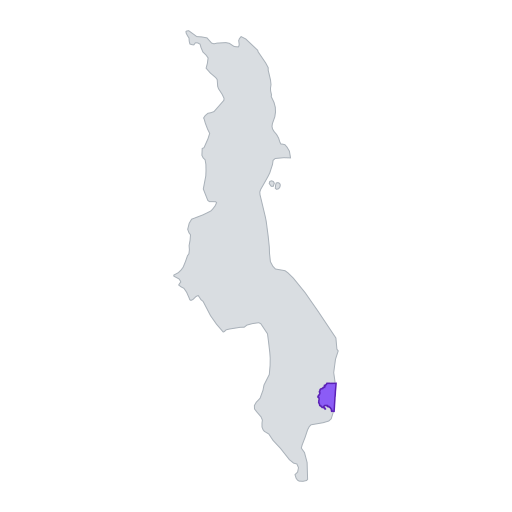 Phalombe, Phalombe, Malawi (highlighted)
{"feature_id": "42251766B10434937590290", "entity_name": "Phalombe", "entity_type": "district", "adm_level": 2, "iso_a3": "MWI", "parent_name": "Malawi", "parent_adm1": "Phalombe", "projection": "robinson", "projection_center": [35.613, -15.69], "detail": "fine", "context": "in_parent", "style": "filled", "palette": "violet", "viewbox_px": 512, "rotation_deg": 0, "n_neighbors": 0, "source": "geoboundaries", "source_scale": "gbopen_adm2", "svg_char_len": 6166}
<svg xmlns="http://www.w3.org/2000/svg" viewBox="0 0 512 512"><path d="M201.0,299.7L198.2,295.5L196.0,296.5L192.9,299.5L191.2,300.3L190.3,300.2L189.7,299.5L189.0,297.6L186.6,292.2L183.9,288.3L181.0,286.8L178.7,285.0L179.7,283.3L180.8,282.0L180.3,280.8L179.0,278.9L173.9,276.2L173.8,275.1L178.3,272.7L181.1,270.0L183.1,267.3L185.5,261.5L187.5,255.7L188.9,253.8L189.4,249.9L189.1,245.6L190.1,240.1L190.5,234.8L189.0,232.8L187.7,229.3L189.2,223.3L191.6,219.2L202.9,214.9L210.8,211.0L212.5,209.3L215.1,205.9L216.6,202.7L215.6,201.7L209.4,201.6L207.8,200.4L203.3,189.0L205.8,175.9L206.0,170.8L205.9,164.4L205.1,159.8L203.1,157.8L201.9,155.3L202.2,148.5L204.0,147.7L208.0,138.7L209.7,133.4L207.6,129.2L205.3,123.1L204.2,119.2L203.6,118.0L205.2,115.6L207.9,113.3L210.9,112.7L214.0,111.6L223.9,100.3L224.0,98.2L222.2,94.4L218.5,88.7L217.7,86.4L217.2,79.6L215.7,77.6L210.3,73.0L206.1,68.2L207.4,63.3L208.1,57.9L206.0,55.0L202.9,52.0L201.0,47.5L200.1,44.2L197.7,42.9L195.4,42.8L193.8,44.9L192.0,44.7L189.9,44.0L189.2,41.1L189.0,38.0L187.6,35.9L186.1,33.0L186.0,31.4L186.8,31.0L188.7,30.7L196.8,36.6L201.6,36.9L207.0,37.9L211.6,43.1L214.0,43.8L217.1,43.1L225.8,42.6L229.3,43.3L233.8,46.3L235.6,46.7L238.4,46.9L238.9,46.0L239.2,44.3L238.7,40.6L239.4,38.7L241.1,36.6L245.8,39.0L257.7,50.3L258.1,51.8L265.7,63.0L268.2,67.7L268.2,70.2L270.5,80.0L271.0,84.6L270.5,88.1L270.6,90.9L271.5,94.9L271.2,96.5L274.0,102.4L275.3,107.3L275.5,112.1L274.8,116.8L272.4,123.6L272.0,126.4L272.5,128.9L274.1,131.6L276.6,134.5L278.6,138.1L279.9,142.2L281.0,144.1L282.4,144.1L284.9,144.7L287.0,147.1L289.4,151.2L290.2,155.9L290.5,157.9L283.7,157.7L275.2,158.5L273.1,160.3L272.5,164.4L269.8,172.8L268.3,175.9L265.2,181.5L260.7,189.4L259.8,192.0L260.0,194.7L262.6,205.5L265.3,216.8L266.2,221.3L268.2,236.4L269.3,247.0L269.5,253.3L270.4,261.7L272.8,266.2L275.4,269.0L285.0,270.7L287.9,272.8L293.4,278.2L305.3,292.9L311.8,302.3L317.6,310.6L327.9,326.0L335.9,338.0L336.9,349.2L338.2,350.9L335.5,359.2L333.7,372.6L335.0,381.6L334.5,396.8L333.0,413.0L331.2,418.8L328.8,421.0L323.2,422.7L311.0,424.8L309.2,426.7L307.6,429.8L305.1,437.3L302.2,444.8L301.3,448.0L301.8,448.8L304.5,452.6L307.1,462.5L307.6,479.3L306.6,480.5L303.0,481.3L299.1,481.1L297.5,480.1L296.1,478.2L295.0,474.6L297.6,472.1L298.5,467.7L296.9,464.0L293.6,463.1L289.4,459.7L280.5,448.4L273.1,440.5L268.8,434.0L264.4,431.4L263.1,429.8L262.0,427.0L262.0,423.0L262.4,420.1L261.0,416.8L256.6,411.7L254.5,408.9L254.4,405.5L256.3,402.2L260.1,398.2L263.0,390.2L264.0,385.0L269.3,374.5L270.1,365.4L270.2,358.1L269.8,352.6L268.5,341.5L267.5,333.8L260.8,323.7L258.7,322.7L252.4,323.6L246.9,325.1L244.2,327.2L240.2,327.3L229.6,329.0L226.2,329.8L224.3,331.6L223.2,332.0L216.5,324.2L210.6,315.8L203.1,301.4L201.0,299.7ZM278.3,188.9L276.5,189.3L275.3,188.3L275.6,185.2L276.2,183.0L278.0,182.6L279.3,183.2L280.1,184.2L280.2,185.9L279.6,187.6L278.3,188.9ZM274.3,183.2L273.3,186.3L271.2,186.3L269.2,183.5L269.8,181.4L271.7,180.8L273.4,181.6L274.3,183.2Z" fill="#d9dde1" stroke="#a8b0b8" stroke-width="1"/><path d="M334.1,411.4L334.2,409.8L334.4,407.0L334.5,404.9L334.9,398.8L334.9,398.2L334.9,397.7L335.1,396.4L335.3,393.9L335.3,393.5L335.4,391.3L335.6,389.4L336.1,383.3L330.0,383.4L329.9,383.3L326.9,383.3L326.8,383.5L326.7,383.6L326.7,383.8L326.5,384.0L326.5,384.3L326.4,384.5L326.2,384.6L325.9,384.7L325.7,384.8L325.8,384.9L325.7,385.0L325.4,385.1L325.2,385.1L325.1,385.3L325.0,385.5L324.9,385.5L325.0,385.7L324.9,385.7L324.9,385.8L324.7,385.8L324.8,386.0L324.7,386.2L324.6,386.3L324.6,386.5L324.5,386.4L324.5,386.5L324.4,386.8L324.5,386.8L324.4,386.8L324.3,386.7L324.2,386.7L324.1,386.8L324.0,387.1L324.0,387.3L323.9,387.3L323.8,387.5L323.7,387.5L323.4,387.5L323.3,387.8L323.2,387.9L322.9,387.8L322.8,388.0L322.7,388.0L322.4,388.0L322.4,387.9L322.4,388.0L322.4,388.3L322.5,388.3L322.5,388.6L322.4,388.6L322.2,388.5L322.2,388.4L322.0,388.5L321.9,388.6L321.7,388.7L321.4,388.7L321.2,388.7L321.1,388.8L321.0,389.0L320.9,389.1L320.7,389.3L320.4,389.2L320.2,389.4L320.2,389.6L320.1,389.8L319.9,390.1L320.0,390.3L320.1,390.5L320.0,390.8L319.9,391.0L319.7,391.2L319.7,391.3L319.5,391.7L319.4,391.7L319.4,391.8L319.5,392.2L319.5,392.3L319.6,392.5L319.8,392.7L319.8,392.8L319.9,392.7L320.0,392.8L320.0,393.0L319.9,393.2L319.9,393.3L319.8,393.5L319.7,393.8L319.7,394.0L319.4,394.4L319.3,394.5L319.2,394.6L319.2,394.8L319.1,395.0L318.9,395.1L318.9,395.3L318.7,395.4L318.7,395.5L318.4,395.7L318.3,395.8L318.2,395.9L318.2,396.0L318.3,396.1L318.2,396.3L318.3,396.5L318.2,396.6L318.0,396.8L317.9,396.9L318.0,397.0L318.1,397.3L318.3,397.3L318.5,397.4L318.7,397.5L318.8,397.7L318.9,397.8L318.9,398.0L319.0,398.3L319.0,398.7L319.0,398.8L319.1,399.1L319.1,399.3L319.1,399.5L319.1,399.9L318.9,400.3L318.8,400.7L318.8,401.0L318.8,401.3L318.8,401.7L318.8,401.9L318.7,402.1L318.8,402.3L318.7,402.6L318.7,402.8L318.8,403.0L319.0,403.1L319.2,403.4L319.3,403.6L319.4,403.9L319.5,404.3L319.5,404.5L319.6,404.8L319.7,405.0L319.7,405.3L319.7,405.5L319.8,405.6L320.0,405.6L320.3,405.7L320.5,405.7L320.5,405.8L320.7,406.0L320.8,406.1L320.9,406.3L321.0,406.4L321.3,406.3L321.5,406.4L321.6,406.6L321.6,406.8L321.7,407.0L321.8,407.0L322.1,407.3L322.3,407.6L322.4,407.8L322.5,407.9L322.5,408.0L322.5,407.9L323.1,407.5L323.3,407.3L323.5,407.6L323.8,407.7L324.0,407.8L324.2,408.0L324.4,408.3L324.7,408.6L324.9,408.8L325.1,409.1L325.4,408.9L325.2,408.6L324.9,408.1L324.7,407.8L324.5,407.7L324.4,407.6L324.3,407.4L324.2,407.4L324.0,407.1L323.9,406.9L323.8,406.7L323.7,406.6L324.0,406.2L324.4,405.7L324.5,405.6L325.4,405.5L325.4,405.4L325.5,405.4L325.8,405.5L326.2,405.5L326.5,405.4L327.1,405.5L327.3,405.5L327.3,406.1L327.6,406.2L327.6,406.3L327.5,406.5L327.8,406.7L328.0,406.7L328.3,406.5L328.5,406.7L328.6,406.8L328.9,406.8L329.0,406.6L329.3,406.9L329.4,407.0L329.5,407.1L329.5,407.3L329.8,407.5L330.0,407.4L330.2,407.5L330.4,407.7L330.5,407.9L330.7,408.5L330.8,408.8L331.0,409.0L331.3,409.1L331.5,409.2L331.5,409.3L331.5,409.5L331.6,409.8L331.6,410.0L331.6,410.3L331.4,410.5L331.5,411.0L331.6,411.3L332.0,411.2L332.4,411.1L332.6,411.1L332.8,411.2L332.9,411.3L333.0,411.3L333.3,411.4L333.5,411.3L333.8,411.4L334.1,411.4L334.1,411.4Z" fill="#8b5cf6" stroke="#5b21b6" stroke-width="1.5"/></svg>